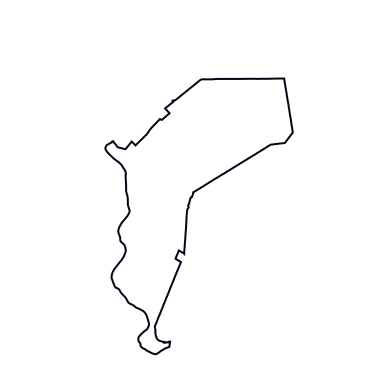 Sanpetru Mare, Timis, Romania (Mercator projection), rotated 225°
{"feature_id": "2599482B83892227967248", "entity_name": "Sanpetru Mare", "entity_type": "district", "adm_level": 2, "iso_a3": "ROU", "parent_name": "Romania", "parent_adm1": "Timis", "projection": "mercator", "projection_center": [20.765, 46.07], "detail": "fine", "context": "isolated", "style": "outline", "palette": "ink", "viewbox_px": 384, "rotation_deg": 225, "n_neighbors": 0, "source": "geoboundaries", "source_scale": "gbopen_adm2", "svg_char_len": 4628}
<svg xmlns="http://www.w3.org/2000/svg" viewBox="0 0 384 384"><g transform="rotate(225 192 192)"><path d="M213.5,330.9L215.2,329.1L218.4,325.7L222.6,321.5L224.8,319.2L229.2,314.9L230.4,313.7L232.3,311.8L233.1,310.9L233.9,310.1L235.6,308.4L238.2,305.7L242.8,301.1L252.9,291.0L255.1,288.7L255.5,288.3L256.2,287.2L257.0,286.4L259.8,283.5L263.7,279.7L264.5,278.8L264.7,278.4L264.9,278.0L265.3,277.3L266.1,270.4L266.1,269.3L266.7,264.1L267.4,257.3L268.0,252.0L268.6,245.8L268.8,245.1L269.3,244.1L269.4,243.9L269.7,243.6L270.2,243.1L271.1,242.6L269.0,242.8L270.1,232.1L264.0,231.8L263.5,231.7L263.8,228.6L264.3,221.7L264.9,221.3L266.3,220.9L266.2,219.0L266.0,208.2L265.5,204.8L265.0,202.0L264.8,201.1L264.9,185.0L270.3,185.1L269.3,175.3L271.2,174.0L271.6,173.8L276.2,171.1L280.1,171.7L280.4,171.7L280.7,171.7L281.1,171.7L283.8,172.1L284.0,171.7L284.2,170.9L284.1,170.6L283.9,170.5L283.8,170.4L284.5,168.1L285.5,164.9L284.5,161.9L282.9,160.8L280.2,160.3L275.2,160.2L270.7,160.3L264.6,161.3L260.9,161.3L256.2,160.2L253.9,159.7L252.2,158.6L248.8,154.9L246.0,152.6L241.6,148.5L239.1,145.9L235.3,143.8L232.9,142.1L228.8,138.1L228.0,137.4L223.2,134.9L222.1,133.8L221.4,132.1L220.8,129.8L220.5,126.9L220.1,122.9L219.8,120.2L218.3,114.9L216.2,111.8L214.4,110.8L211.1,109.3L210.1,108.6L208.8,107.3L207.8,106.7L205.7,106.6L203.5,106.8L202.0,106.6L199.5,105.3L197.7,104.2L196.4,102.4L194.5,97.9L193.5,92.9L193.4,90.8L192.5,83.6L192.4,82.8L191.7,79.9L190.9,78.1L189.4,75.7L187.9,74.3L185.3,73.0L182.7,71.8L178.8,70.3L176.8,71.1L175.4,71.5L173.8,71.4L171.3,70.6L168.3,70.4L164.6,70.4L158.8,68.8L157.2,69.0L155.5,69.7L153.4,70.4L149.6,70.8L146.5,72.1L142.4,73.3L140.5,73.4L138.5,73.1L135.3,71.9L130.1,69.0L128.5,67.8L127.9,66.6L127.3,65.1L126.7,63.0L127.3,59.5L127.4,55.1L127.3,52.8L127.0,51.4L125.8,49.8L124.0,48.6L122.1,48.5L120.9,48.0L119.9,47.0L118.6,46.6L116.8,46.6L115.1,47.2L113.9,47.7L113.6,47.8L112.8,47.6L106.3,49.7L103.9,50.8L102.7,51.9L101.9,54.8L101.6,57.5L100.7,60.9L100.1,63.1L98.5,66.4L101.6,70.7L101.8,70.4L102.1,70.1L102.4,69.8L102.6,69.4L102.8,69.0L102.8,68.8L102.7,68.6L102.9,68.5L103.2,68.3L103.4,68.0L103.6,67.8L103.6,67.6L103.7,67.4L104.1,67.1L104.3,67.0L104.3,66.9L104.3,66.6L104.5,66.4L104.8,66.2L105.0,66.0L105.0,65.8L105.2,65.7L105.3,65.5L105.6,65.5L105.7,65.9L105.7,66.0L105.8,66.2L106.3,65.7L106.9,65.4L107.6,65.1L108.1,64.7L108.6,64.4L109.3,63.9L110.3,63.6L110.5,63.6L112.3,63.4L113.6,63.7L115.6,64.6L117.9,66.3L118.7,66.6L119.0,66.9L119.2,67.6L119.4,67.8L121.2,69.2L122.0,69.7L123.3,70.6L123.6,71.5L123.9,72.2L124.3,73.2L125.1,75.2L126.4,78.1L127.0,79.3L127.5,80.8L128.0,82.0L128.5,83.1L129.2,84.9L130.0,86.7L131.0,89.0L132.0,91.3L132.9,93.4L133.5,94.9L133.8,95.5L134.3,96.8L135.2,98.8L136.0,100.9L137.0,103.3L138.0,105.6L138.9,107.6L139.7,109.5L140.7,111.8L141.2,113.1L142.2,115.4L142.3,115.8L143.1,117.6L144.0,119.6L145.5,123.2L146.5,125.6L148.1,129.5L149.0,131.7L149.8,133.6L150.3,134.7L152.7,134.1L155.6,133.3L155.8,133.4L156.5,133.2L157.4,135.2L157.9,136.3L158.2,137.3L158.6,138.3L159.1,139.4L159.5,140.5L159.9,141.4L158.4,141.8L156.0,142.4L155.5,142.6L153.8,142.7L153.9,142.8L155.4,144.5L157.4,146.8L158.7,148.4L160.8,150.7L162.6,152.9L164.1,154.6L165.5,156.2L167.0,157.9L169.2,160.5L171.1,162.6L172.9,164.7L175.0,167.0L177.0,169.2L179.0,171.4L183.0,176.3L183.4,178.8L183.9,178.9L184.8,179.4L185.1,179.6L185.1,179.9L185.1,180.2L185.3,180.5L185.6,181.0L186.7,183.1L188.2,185.7L189.0,187.1L189.0,187.3L188.4,188.5L189.1,189.7L190.2,191.9L190.5,192.3L190.9,192.6L190.4,194.5L189.3,199.0L188.2,203.6L187.5,206.8L186.9,209.3L186.4,211.7L185.9,213.6L185.4,216.0L184.9,218.0L184.3,220.3L183.7,222.8L183.1,225.3L182.5,227.5L182.0,229.1L182.0,229.3L182.0,229.5L182.1,229.9L182.1,230.1L182.0,230.3L181.7,231.2L181.1,233.3L180.5,235.8L180.3,236.8L180.0,238.1L179.4,240.5L178.9,242.8L178.3,245.2L177.8,247.5L177.7,247.7L177.2,249.6L176.7,252.0L176.1,254.3L175.6,256.6L175.0,259.0L174.5,261.1L173.9,263.4L173.4,265.9L172.8,268.2L172.4,270.1L172.0,271.8L171.5,273.9L171.0,276.2L170.5,278.3L169.9,280.7L169.8,281.1L169.1,282.0L167.6,284.0L166.0,286.0L164.3,288.2L162.5,290.4L161.4,291.7L161.2,292.1L161.0,292.4L160.9,292.5L161.0,292.9L161.2,294.1L161.4,295.1L162.5,303.3L162.7,304.8L162.7,305.2L163.8,306.1L166.5,308.1L166.8,308.4L167.0,308.5L167.6,308.8L169.5,310.2L171.4,311.7L174.4,313.9L175.1,314.4L175.7,314.7L176.5,315.3L176.8,315.5L180.2,318.0L181.5,319.0L183.6,320.4L184.5,321.1L185.1,321.6L185.8,322.2L187.2,323.1L188.8,324.2L189.6,324.7L190.2,325.2L193.4,327.5L195.6,329.2L196.0,329.4L201.2,333.1L205.5,336.2L207.1,337.4L211.0,333.5L212.5,331.9L213.5,330.9Z" fill="none" stroke="#020617" stroke-width="2"/></g></svg>